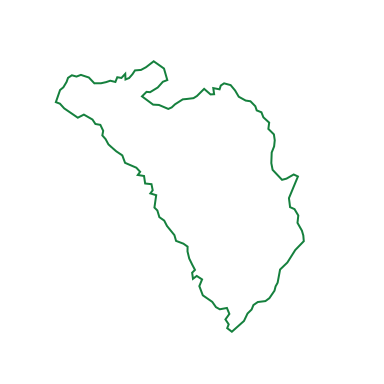 Nova Esperança do Sul, Rio Grande do Sul, Brazil (Equal Earth projection), rotated 344°
{"feature_id": "56859067B55473062015282", "entity_name": "Nova Esperança do Sul", "entity_type": "district", "adm_level": 2, "iso_a3": "BRA", "parent_name": "Brazil", "parent_adm1": "Rio Grande do Sul", "projection": "equal_earth", "projection_center": [-54.832, -29.409], "detail": "fine", "context": "isolated", "style": "outline", "palette": "green", "viewbox_px": 384, "rotation_deg": 344, "n_neighbors": 0, "source": "geoboundaries", "source_scale": "gbopen_adm2", "svg_char_len": 1845}
<svg xmlns="http://www.w3.org/2000/svg" viewBox="0 0 384 384"><g transform="rotate(344 192 192)"><path d="M285.8,165.1L286.6,159.2L282.8,152.4L285.3,146.6L281.2,139.9L280.7,134.5L276.7,131.4L276.5,127.0L273.2,120.9L268.8,118.9L263.2,113.3L261.4,106.3L258.6,99.9L252.8,96.4L249.0,97.6L246.8,100.9L241.1,98.0L240.2,104.1L236.7,103.3L232.1,96.2L223.2,101.1L219.3,102.2L212.4,101.1L208.7,100.4L199.9,103.0L195.8,105.1L192.1,105.6L184.2,99.2L178.7,97.3L170.3,86.3L175.9,83.2L179.2,84.5L187.9,82.1L194.4,78.0L199.1,77.6L199.1,65.6L191.2,55.8L182.1,59.4L176.6,60.6L170.7,59.4L167.2,62.4L163.0,65.1L159.1,65.5L160.4,60.0L155.6,62.9L151.8,61.1L148.7,65.1L144.1,62.5L139.7,62.7L134.6,62.4L128.1,60.6L124.4,53.5L120.7,51.0L117.5,48.8L112.8,49.2L108.7,46.7L104.3,48.1L101.8,51.6L97.2,55.9L93.3,57.6L85.9,68.1L89.4,70.7L92.2,76.4L102.7,89.1L109.4,87.8L116.3,94.9L117.9,100.0L122.4,102.2L123.5,108.7L121.4,112.9L123.5,117.3L124.8,123.2L126.9,126.6L130.4,132.0L135.1,137.6L135.7,145.5L138.6,147.9L145.2,153.3L147.7,158.3L144.6,160.7L150.3,163.4L149.3,170.9L155.2,173.3L154.7,179.5L151.6,181.9L156.7,185.2L151.6,196.6L153.6,200.2L153.7,207.2L157.4,211.8L158.6,217.8L163.2,228.6L163.2,234.6L169.5,239.3L172.7,243.3L171.3,247.9L171.0,255.2L172.2,262.0L173.4,267.7L169.9,269.6L169.0,275.7L173.4,274.0L177.6,278.8L173.1,284.5L173.9,294.3L181.2,303.2L183.3,309.3L186.4,312.4L193.6,313.1L194.3,319.5L189.0,323.7L190.8,329.3L188.3,332.6L191.8,337.3L206.4,330.3L211.9,324.1L216.9,321.4L219.9,317.6L224.9,315.9L232.5,317.1L237.1,315.4L244.1,309.6L246.3,305.8L249.3,302.8L255.3,290.8L264.2,286.1L275.3,276.2L285.9,270.1L287.0,264.5L287.0,259.5L284.9,250.7L287.7,243.9L285.8,236.7L282.1,233.6L283.5,224.6L298.1,206.3L294.6,203.2L286.5,205.2L281.9,205.1L275.6,192.9L276.2,186.1L279.5,176.0L283.5,170.8L285.8,165.1Z" fill="none" stroke="#15803d" stroke-width="2"/></g></svg>